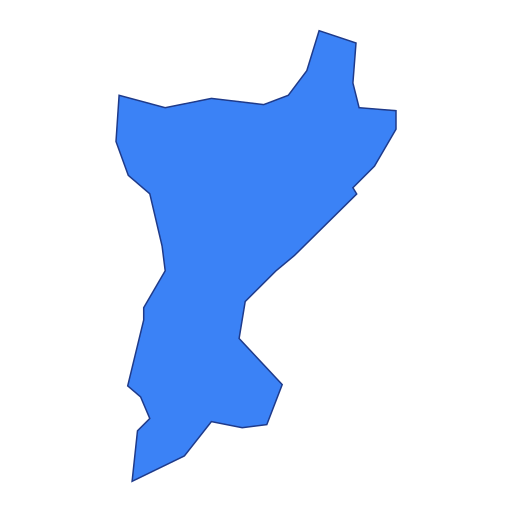 Daedeok-gu, Daejeon, South Korea
{"feature_id": "91817680B29564477042831", "entity_name": "Daedeok-gu", "entity_type": "district", "adm_level": 2, "iso_a3": "KOR", "parent_name": "South Korea", "parent_adm1": "Daejeon", "projection": "mercator", "projection_center": [127.445, 36.4], "detail": "fine", "context": "isolated", "style": "filled", "palette": "blue", "viewbox_px": 512, "rotation_deg": 0, "n_neighbors": 0, "source": "geoboundaries", "source_scale": "gbopen_adm2", "svg_char_len": 568}
<svg xmlns="http://www.w3.org/2000/svg" viewBox="0 0 512 512"><path d="M119.1,95.3L116.0,141.5L128.3,175.4L149.8,193.8L162.1,246.1L165.2,270.8L143.7,307.7L143.7,320.0L127.7,385.9L140.6,396.9L149.8,418.5L137.5,430.8L132.1,481.3L184.4,455.9L211.4,421.6L242.2,427.7L266.8,424.6L282.2,384.6L239.1,338.5L245.2,301.5L276.0,270.8L294.5,255.4L356.7,194.0L352.9,187.7L374.5,166.1L396.0,129.2L396.0,110.7L359.1,107.7L352.9,83.0L356.0,43.0L319.1,30.7L306.8,70.7L288.3,95.3L263.7,104.6L211.4,98.4L165.2,107.7L119.1,95.3Z" fill="#3b82f6" stroke="#1e3a8a" stroke-width="1.5"/></svg>